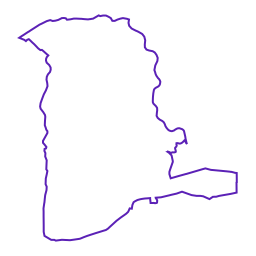 the district of Rafael Lucio, Veracruz, Mexico
{"feature_id": "50627088B78705285739892", "entity_name": "Rafael Lucio", "entity_type": "district", "adm_level": 2, "iso_a3": "MEX", "parent_name": "Mexico", "parent_adm1": "Veracruz", "projection": "orthographic", "projection_center": [-96.981, 19.6], "detail": "fine", "context": "isolated", "style": "outline", "palette": "violet", "viewbox_px": 256, "rotation_deg": 0, "n_neighbors": 0, "source": "geoboundaries", "source_scale": "gbopen_adm2", "svg_char_len": 4262}
<svg xmlns="http://www.w3.org/2000/svg" viewBox="0 0 256 256"><path d="M51.3,239.9L54.4,239.9L55.8,240.6L61.9,239.8L70.0,240.2L74.3,239.6L79.7,238.8L80.0,238.7L81.3,238.2L83.7,237.2L86.9,236.0L89.9,235.0L96.1,233.0L98.4,232.3L103.2,230.8L105.9,230.0L107.9,228.7L109.7,227.0L116.6,220.7L116.9,220.5L120.8,217.5L124.1,215.2L126.2,213.7L128.1,211.9L128.7,210.7L129.7,208.4L131.8,208.7L132.4,205.0L133.6,202.2L134.8,201.4L136.7,200.4L137.5,200.0L139.7,199.4L140.5,199.2L142.1,198.9L144.9,198.5L146.5,198.4L148.0,198.3L150.1,198.1L150.1,198.4L150.2,199.2L150.6,203.0L152.8,203.0L153.4,202.9L153.8,203.0L154.3,203.0L154.5,203.1L155.0,203.2L155.8,203.1L156.7,202.9L157.0,202.7L157.1,202.0L157.2,200.4L156.6,199.2L156.1,198.6L155.8,198.2L155.7,197.7L161.0,197.3L169.4,195.3L170.9,194.9L176.6,193.6L182.0,191.7L191.6,195.1L196.8,195.9L200.4,195.9L200.5,195.9L203.2,196.3L209.5,199.1L212.9,196.8L216.3,196.7L219.1,195.9L221.9,195.4L230.6,193.9L236.6,192.6L236.5,182.5L236.8,182.3L236.7,173.0L234.8,172.8L234.3,172.6L231.6,171.9L231.3,171.9L230.4,171.8L230.0,171.7L226.3,171.3L225.1,171.2L224.2,171.1L212.4,170.0L212.0,170.0L210.6,169.8L205.4,168.4L202.5,169.2L186.5,173.9L185.6,174.1L178.7,176.0L170.7,178.3L169.4,174.1L169.4,172.7L169.4,171.9L170.1,169.6L172.8,161.9L172.8,161.5L172.7,160.6L171.6,155.5L171.4,155.2L170.2,154.0L169.2,152.9L167.7,151.9L168.1,151.8L168.1,151.7L169.1,152.0L169.8,152.3L170.1,152.5L170.7,152.9L171.1,153.0L171.3,152.9L171.6,152.7L172.1,152.4L172.8,152.3L173.4,152.4L173.8,152.4L174.7,152.3L175.6,152.0L175.8,151.4L175.7,150.7L175.1,148.5L175.2,147.7L175.7,147.2L176.3,146.6L176.7,145.6L176.6,144.9L176.4,144.4L176.4,144.0L176.4,143.9L176.5,143.6L176.5,143.2L177.1,143.1L177.7,143.1L178.3,143.3L179.6,143.6L180.4,143.5L180.8,143.4L181.1,143.2L181.8,142.9L182.9,142.0L184.3,140.5L184.7,140.1L184.9,140.1L185.1,140.0L185.4,141.6L186.2,143.1L187.0,144.0L186.4,142.4L185.5,138.4L185.3,136.8L184.0,131.0L183.4,130.1L182.2,129.2L179.9,128.4L179.1,128.2L177.6,128.4L176.6,128.8L174.9,129.8L174.0,130.5L172.2,131.1L171.1,131.1L169.4,130.6L168.1,129.7L166.5,127.8L165.5,126.2L164.8,124.2L163.8,122.3L162.3,121.0L159.7,119.6L157.7,117.9L156.6,115.8L156.8,113.9L156.8,113.4L157.2,110.3L157.1,108.0L157.0,107.7L155.9,106.1L153.5,103.7L152.9,102.5L152.8,101.3L152.9,98.1L153.0,96.5L153.3,93.4L153.9,90.0L154.4,89.0L155.0,88.4L156.1,87.6L157.9,86.7L159.0,85.8L159.8,84.6L160.2,82.8L160.3,81.5L159.8,80.3L159.0,79.0L158.1,78.2L157.2,76.9L156.5,75.9L155.9,74.7L155.5,73.7L155.3,72.8L154.9,71.5L154.4,70.1L155.1,66.4L155.3,65.4L157.3,61.2L157.4,60.8L157.7,57.9L156.5,54.9L154.8,52.5L152.7,51.2L149.1,50.5L146.5,49.6L145.1,47.6L144.9,47.4L144.8,44.7L144.8,44.4L145.2,40.5L145.2,40.2L144.5,37.5L144.3,36.7L142.3,34.1L141.9,33.8L138.4,31.8L136.5,30.9L136.1,30.8L134.9,30.2L134.1,29.8L131.6,28.5L129.2,25.8L128.5,22.9L129.0,19.5L126.9,18.8L123.0,18.1L121.8,18.3L121.2,18.5L120.5,18.6L117.4,19.6L114.7,20.9L113.2,20.9L112.3,20.8L110.8,18.1L108.6,16.8L106.1,15.6L104.6,15.5L103.7,15.5L103.2,15.5L100.2,16.1L98.7,15.4L93.0,18.7L92.7,18.7L92.0,18.8L90.2,19.1L89.9,19.1L88.0,19.4L84.0,19.1L81.1,18.8L80.3,18.8L76.6,18.6L74.6,18.6L73.8,18.6L70.5,19.3L67.2,19.7L66.9,19.7L65.8,18.3L64.0,18.0L61.8,18.1L61.3,18.4L58.3,19.9L55.3,20.7L54.4,20.8L52.7,21.0L50.2,20.1L46.8,21.1L41.2,23.9L39.6,24.6L39.3,24.8L38.7,25.2L32.3,29.3L30.9,30.2L28.5,31.8L28.2,31.9L26.5,33.0L23.8,34.8L21.7,36.1L19.2,37.8L24.4,39.9L25.5,40.8L25.9,41.1L27.2,39.8L28.8,39.2L30.4,40.6L32.2,42.4L33.1,43.2L34.2,44.2L36.7,46.8L37.7,47.9L38.2,48.4L40.4,50.1L41.9,49.9L43.4,51.1L46.5,53.9L48.3,55.4L46.8,57.1L46.1,58.8L46.0,60.6L46.7,62.7L49.2,65.0L50.6,67.5L50.7,69.7L50.0,72.0L47.9,74.4L46.8,76.8L46.5,79.7L47.2,82.9L47.4,84.7L47.5,86.2L45.9,90.4L43.8,94.4L42.1,98.9L40.6,103.1L40.1,106.5L40.6,108.7L43.3,112.2L45.0,115.0L45.3,116.8L45.0,120.5L44.8,125.2L45.0,125.8L45.6,127.4L46.3,129.7L47.4,131.2L47.4,133.0L43.0,140.9L43.0,142.8L44.8,144.9L46.4,147.0L46.0,148.4L44.6,148.9L44.4,150.9L45.4,153.1L45.2,156.5L46.7,160.3L46.5,164.5L46.3,169.3L47.4,171.0L46.7,174.5L45.8,178.5L45.6,184.2L46.7,186.7L46.5,190.1L45.2,195.1L45.1,195.9L44.8,198.6L44.4,202.7L44.3,202.9L43.5,208.4L43.6,211.8L43.6,217.1L43.7,225.1L43.7,231.9L43.8,232.4L44.5,235.9L51.3,239.9Z" fill="none" stroke="#5b21b6" stroke-width="2"/></svg>